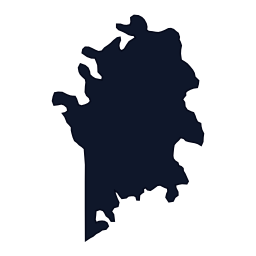 outline of Ipuaçu, Santa Catarina, Brazil
{"feature_id": "56859067B42484326505504", "entity_name": "Ipuaçu", "entity_type": "district", "adm_level": 2, "iso_a3": "BRA", "parent_name": "Brazil", "parent_adm1": "Santa Catarina", "projection": "robinson", "projection_center": [-52.479, -26.688], "detail": "fine", "context": "isolated", "style": "filled", "palette": "ink", "viewbox_px": 256, "rotation_deg": 0, "n_neighbors": 0, "source": "geoboundaries", "source_scale": "gbopen_adm2", "svg_char_len": 3025}
<svg xmlns="http://www.w3.org/2000/svg" viewBox="0 0 256 256"><path d="M141.8,17.6L138.4,15.8L134.0,15.4L130.8,17.6L131.1,22.1L130.1,24.8L126.6,25.6L123.8,25.4L120.5,24.3L116.7,24.2L116.7,27.5L118.8,29.6L123.0,31.3L125.8,32.7L128.6,34.4L131.4,35.2L133.9,35.3L135.4,37.7L132.2,39.8L129.2,41.7L126.9,45.0L124.5,49.0L121.7,50.9L119.5,49.4L118.7,45.8L119.1,43.1L120.4,40.2L120.0,37.3L117.2,37.9L113.8,40.6L111.0,43.4L108.3,45.5L104.6,48.0L101.9,51.2L98.4,51.7L95.2,50.4L91.9,48.7L88.7,47.3L85.2,47.2L82.9,49.4L82.2,52.9L87.3,56.4L91.4,57.9L95.1,58.0L96.5,61.3L97.9,65.0L98.1,69.0L98.2,71.9L100.8,74.6L102.6,76.7L101.8,80.1L98.0,79.4L95.1,78.8L92.2,77.0L89.8,74.7L89.4,71.5L87.9,68.0L85.0,65.6L80.4,63.9L78.5,67.7L79.2,71.6L80.4,74.1L82.4,76.3L85.5,79.1L86.1,82.4L85.6,86.4L85.3,92.1L86.7,95.4L89.4,97.8L90.5,101.2L88.4,103.5L85.4,104.9L81.4,106.0L78.4,104.8L77.4,102.0L76.4,99.0L75.0,96.5L72.5,96.4L70.0,96.0L66.8,94.8L62.2,92.5L58.1,92.3L54.7,92.9L53.3,96.8L52.5,101.0L54.0,105.1L57.9,104.6L61.3,103.9L64.2,104.8L67.1,107.3L67.9,110.8L65.3,112.8L62.5,113.4L64.9,116.6L66.2,119.7L67.2,122.3L69.3,124.5L71.5,127.1L71.5,130.3L72.1,133.1L73.2,137.0L74.7,140.6L77.2,142.5L79.3,144.7L81.8,146.4L84.4,148.7L85.6,164.7L85.5,181.4L85.5,185.8L85.5,193.0L85.5,207.8L85.6,240.6L89.9,237.7L93.0,236.1L96.0,233.5L99.0,232.0L102.1,229.8L106.0,229.1L108.3,226.2L106.9,222.9L104.5,221.5L102.0,221.2L98.9,221.5L96.2,222.7L95.0,219.6L95.5,215.1L95.8,210.8L99.9,209.4L103.2,210.5L104.7,212.6L106.3,215.8L109.2,218.0L111.2,221.2L114.3,221.2L113.9,217.5L113.5,214.5L111.3,211.4L113.9,207.5L117.9,206.4L118.8,202.5L116.9,198.4L115.1,193.6L114.8,190.5L117.7,192.6L119.9,196.0L121.9,198.4L126.2,197.8L128.3,196.0L131.2,195.5L133.8,195.5L136.0,196.6L136.9,199.9L139.2,200.0L139.5,195.2L141.5,193.3L143.5,192.0L143.3,188.9L145.5,187.6L147.6,189.8L150.4,190.3L153.0,188.6L155.3,186.9L157.4,185.3L160.3,185.0L162.8,186.3L164.9,187.3L167.6,188.3L168.0,191.3L166.8,193.9L166.0,197.4L168.9,201.8L173.1,201.1L174.9,197.4L177.9,195.2L177.8,192.0L175.9,188.2L175.4,185.1L178.6,184.1L182.0,183.5L186.8,183.8L188.2,181.3L186.5,177.5L184.9,173.9L183.2,171.1L183.0,168.4L181.2,166.7L178.7,165.7L177.8,162.8L175.0,161.0L173.2,158.7L172.7,155.8L173.0,152.1L173.4,148.1L174.0,144.7L175.8,142.5L178.4,140.1L180.6,137.5L183.9,138.4L185.9,140.5L188.5,141.3L191.5,141.9L194.9,142.5L198.0,143.5L201.2,145.4L202.8,141.7L203.0,137.3L203.5,133.6L201.7,129.9L200.9,126.6L200.6,123.5L197.4,122.0L195.7,118.5L194.9,115.9L193.5,112.8L190.9,111.9L187.1,110.1L184.9,106.7L184.5,102.3L182.4,99.4L183.9,97.3L185.6,95.3L185.4,92.5L187.4,90.6L190.3,89.1L193.6,87.9L197.3,87.4L198.2,84.1L198.6,80.6L194.9,77.0L194.1,73.1L192.5,70.2L189.5,66.5L187.1,63.9L184.4,62.0L181.2,60.1L180.7,56.9L180.3,53.6L180.5,49.7L181.3,45.5L180.1,42.0L178.9,39.6L179.3,37.0L178.1,33.3L175.7,31.5L173.6,29.6L170.9,28.6L168.4,28.8L164.9,30.6L161.7,31.9L158.5,32.7L155.7,32.5L152.4,31.9L148.5,31.5L146.4,29.8L146.8,26.9L146.1,23.7L144.0,19.8L141.8,17.6Z" fill="#0f172a" stroke="#020617" stroke-width="1.5"/></svg>